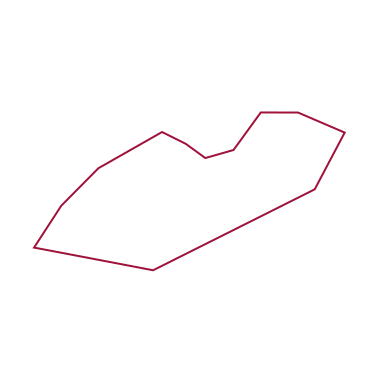 the border of Chiesanuova, rotated 306°
{"feature_id": "SMR-4891", "entity_name": "Chiesanuova", "entity_type": "state/province", "adm_level": 1, "iso_a3": "SMR", "parent_name": "San Marino", "parent_adm1": "", "projection": "orthographic", "projection_center": [12.421, 43.905], "detail": "fine", "context": "isolated", "style": "outline", "palette": "rose", "viewbox_px": 384, "rotation_deg": 306, "n_neighbors": 0, "source": "natural_earth", "source_scale": "10m", "svg_char_len": 331}
<svg xmlns="http://www.w3.org/2000/svg" viewBox="0 0 384 384"><g transform="rotate(306 192 192)"><path d="M329.8,280.6L266.3,289.7L221.5,266.5L105.8,206.5L54.2,96.9L104.1,94.3L156.2,102.3L222.9,132.5L227.3,158.7L227.3,182.8L250.4,200.9L296.8,200.9L318.6,231.1L329.8,280.6Z" fill="none" stroke="#9f1239" stroke-width="2"/></g></svg>